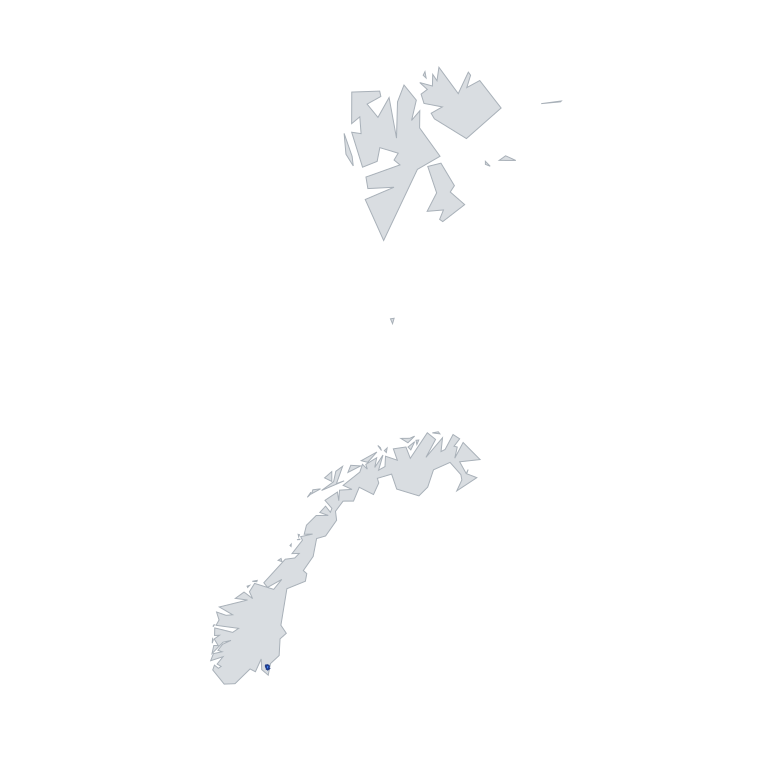 location of Rakkestad nor, Østfold, Norway, rotated 9°
{"feature_id": "86288312B50253419979546", "entity_name": "Rakkestad nor", "entity_type": "district", "adm_level": 2, "iso_a3": "NOR", "parent_name": "Norway", "parent_adm1": "Østfold", "projection": "mercator", "projection_center": [11.413, 59.36], "detail": "fine", "context": "in_parent", "style": "filled", "palette": "blue", "viewbox_px": 768, "rotation_deg": 9, "n_neighbors": 0, "source": "geoboundaries", "source_scale": "gbopen_adm2", "svg_char_len": 4723}
<svg xmlns="http://www.w3.org/2000/svg" viewBox="0 0 768 768"><g transform="rotate(9 384 384)"><path d="M405.6,471.8L392.2,478.2L394.3,482.6L390.9,494.8L375.7,489.9L372.2,504.4L361.9,506.1L356.0,517.3L358.5,526.0L350.1,543.2L341.6,547.2L341.0,565.4L333.5,580.9L337.4,583.4L337.2,591.1L320.1,601.4L319.9,638.4L326.5,645.5L321.2,652.0L322.9,668.6L315.6,677.9L315.2,689.7L307.9,685.2L305.7,674.8L302.0,688.3L296.3,686.4L283.7,703.3L273.1,705.4L259.6,693.2L260.5,688.2L264.9,690.7L267.3,688.4L263.0,686.7L267.7,678.5L256.1,684.4L257.7,677.0L266.0,673.8L261.6,673.0L265.3,666.3L273.0,661.2L265.4,664.2L256.3,677.1L256.8,668.9L261.2,668.3L256.2,662.4L260.8,657.9L256.0,658.9L255.0,651.4L273.4,653.0L278.6,648.1L255.9,648.6L258.0,642.9L254.3,635.4L264.2,637.2L270.6,635.6L256.2,630.0L283.0,618.7L270.7,619.0L278.3,611.4L287.8,616.5L283.6,610.2L287.4,601.2L307.2,604.1L313.6,593.0L300.8,603.1L296.4,599.1L313.9,572.5L323.1,569.8L326.8,564.6L319.7,565.9L327.9,551.0L325.6,547.8L337.0,543.4L328.7,544.9L329.5,535.6L337.6,524.5L349.5,522.5L340.7,520.9L345.4,513.8L351.1,519.1L352.0,515.0L343.9,508.1L354.9,498.0L357.6,506.4L356.7,495.8L368.9,493.1L359.5,490.5L373.9,474.8L375.3,466.7L380.8,470.7L378.6,466.2L388.3,458.0L387.9,467.9L394.1,454.3L392.1,470.0L397.9,465.4L396.8,455.1L409.1,457.2L403.4,446.6L415.5,442.8L421.6,453.3L434.4,425.4L443.6,430.7L436.9,449.9L450.2,428.0L450.9,441.8L454.6,439.1L460.1,423.1L467.3,426.3L462.9,434.5L466.2,434.8L465.5,446.2L471.3,429.4L490.7,443.6L470.9,449.0L479.2,459.6L490.3,462.0L472.6,478.2L475.9,466.6L474.1,461.5L461.5,451.1L446.3,461.0L443.3,479.0L436.0,489.0L413.0,485.8L405.6,471.8ZM357.0,85.6L371.5,98.6L370.0,119.4L376.6,108.5L379.1,125.5L403.7,150.3L383.4,166.8L361.2,242.3L336.6,204.7L363.1,188.1L337.5,193.5L333.8,182.4L365.5,165.1L358.9,161.2L361.9,153.8L342.9,151.2L342.4,165.2L328.9,173.2L312.7,140.4L322.2,140.3L318.3,123.9L311.3,131.9L306.5,100.7L333.9,95.4L335.9,100.5L323.5,110.2L336.3,121.6L344.2,100.3L357.9,139.2L353.2,103.2L357.0,85.6ZM388.7,62.6L411.9,85.6L418.5,62.8L421.2,65.5L419.4,78.3L431.1,69.3L456.5,93.1L427.0,128.7L392.3,114.2L388.2,109.2L398.3,101.2L379.6,100.6L375.3,91.9L380.7,86.3L372.2,80.7L385.2,82.1L383.7,70.6L388.9,76.2L388.7,62.6ZM405.7,157.0L422.5,177.1L419.4,184.0L435.6,194.2L416.6,214.4L413.2,212.7L415.5,202.8L399.6,206.7L406.1,187.0L393.2,162.3L405.7,157.0ZM352.6,489.8L359.8,485.9L339.0,498.9L349.5,488.4L350.1,477.7L356.0,471.8L352.6,489.8ZM363.9,469.5L373.7,468.6L362.2,477.0L363.9,469.5ZM373.5,463.3L387.6,452.3L380.1,463.9L373.5,463.3ZM305.4,142.7L316.9,164.2L319.5,173.4L310.5,163.0L305.4,142.7ZM346.1,478.7L347.7,488.4L340.0,486.0L346.1,478.7ZM422.4,430.7L416.8,438.3L409.2,435.1L418.0,433.6L422.4,430.7ZM423.3,436.2L420.8,444.9L417.6,442.5L423.3,436.2ZM330.3,499.6L337.7,497.5L329.7,503.7L330.3,499.6ZM514.2,77.7L495.4,82.5L514.9,76.7L514.2,77.7ZM468.4,139.6L479.2,142.6L462.8,145.1L468.4,139.6ZM439.4,424.7L445.1,422.7L447.0,424.5L439.4,424.7ZM427.1,433.9L425.9,438.6L424.4,434.6L427.1,433.9ZM397.1,446.7L397.0,451.3L394.8,449.7L397.1,446.7ZM383.7,317.5L383.0,323.1L380.2,318.6L383.7,317.5ZM454.8,152.3L449.8,151.2L449.3,148.2L454.8,152.3ZM309.6,572.4L311.0,575.4L307.0,574.7L309.6,572.4ZM387.5,445.7L390.3,447.4L391.9,450.1L387.5,445.7ZM375.6,69.1L377.7,75.2L374.4,72.9L375.6,69.1ZM289.3,599.2L284.8,599.5L289.5,597.8L289.3,599.2ZM282.8,603.9L281.2,606.3L280.4,605.1L282.8,603.9ZM328.5,504.6L326.0,507.9L328.7,502.3L328.5,504.6ZM255.4,663.4L254.9,666.9L254.5,662.4L255.4,663.4ZM323.7,548.4L322.7,545.9L324.1,546.1L323.7,548.4ZM480.5,455.3L479.8,459.0L479.6,458.3L480.5,455.3ZM325.0,550.9L322.4,551.4L325.6,550.2L325.0,550.9ZM317.4,556.6L317.6,559.0L316.4,558.2L317.4,556.6ZM254.2,648.4L253.1,650.5L253.3,648.8L254.2,648.4Z" fill="#d9dde1" stroke="#a8b0b8" stroke-width="1"/><path d="M314.5,683.8L314.4,683.8L314.5,683.7L314.5,683.4L314.7,683.2L314.8,683.2L314.7,683.2L314.8,683.1L314.7,683.1L314.7,682.9L314.7,682.7L314.6,682.4L314.6,682.2L314.7,681.9L314.8,681.6L314.8,681.4L314.8,681.2L314.7,681.1L314.7,680.9L314.6,680.7L314.5,680.4L314.4,680.2L314.2,680.1L313.9,680.0L313.6,679.9L313.4,679.9L313.2,679.9L312.9,679.9L313.0,679.9L313.0,680.0L312.9,680.1L312.7,680.2L312.5,679.9L312.4,680.0L312.3,680.3L312.2,680.4L312.1,680.2L311.9,680.1L311.7,680.1L311.4,680.1L311.3,680.5L311.1,680.9L311.1,681.0L311.3,681.2L311.3,681.3L311.4,681.5L311.5,681.6L311.7,681.8L311.7,682.0L311.8,682.0L311.8,682.3L312.0,682.4L312.1,682.5L312.3,682.9L312.3,683.0L312.4,683.3L312.5,683.5L312.5,683.9L312.6,684.0L312.8,684.0L313.0,684.1L313.1,684.3L313.1,684.2L313.3,684.0L313.5,684.2L313.7,683.9L313.8,683.9L313.9,684.0L314.0,684.0L314.1,683.9L314.2,684.1L314.3,684.0L314.4,683.9L314.5,683.8Z" fill="#3b82f6" stroke="#1e3a8a" stroke-width="1.5"/></g></svg>